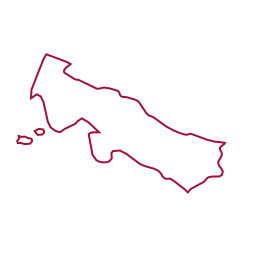 map outline of La Unión (Natural Earth projection), rotated 107°
{"feature_id": "SLV-1350", "entity_name": "La Unión", "entity_type": "Department", "adm_level": 1, "iso_a3": "SLV", "parent_name": "El Salvador", "parent_adm1": "", "projection": "natural_earth1", "projection_center": [-87.879, 13.537], "detail": "fine", "context": "isolated", "style": "outline", "palette": "rose", "viewbox_px": 256, "rotation_deg": 107, "n_neighbors": 0, "source": "natural_earth", "source_scale": "10m", "svg_char_len": 1811}
<svg xmlns="http://www.w3.org/2000/svg" viewBox="0 0 256 256"><g transform="rotate(107 128 128)"><path d="M145.4,24.5L147.6,26.4L149.9,33.6L151.8,36.9L153.0,37.7L156.3,39.2L157.7,40.0L161.4,43.7L168.0,50.2L172.1,52.0L170.0,56.0L165.3,68.4L164.1,72.9L165.6,77.4L164.5,80.4L162.1,82.9L160.1,86.3L159.3,91.1L159.5,101.2L158.9,106.2L153.3,121.7L151.9,129.2L154.4,135.5L156.8,136.5L161.8,134.6L165.2,136.1L167.0,138.5L168.2,141.8L168.6,145.4L168.0,148.9L164.0,154.1L145.6,163.7L145.4,163.7L143.6,162.5L142.4,160.2L140.6,154.3L134.1,167.4L132.3,175.0L136.6,178.4L139.4,179.6L147.2,188.1L151.6,191.5L152.0,193.1L152.0,196.4L150.0,202.3L145.4,206.5L128.0,216.4L123.3,220.7L122.5,225.1L127.9,229.4L119.6,231.5L87.4,229.0L81.4,227.7L82.7,206.3L83.0,204.1L83.6,201.5L84.1,201.7L86.1,203.3L88.1,204.7L90.5,205.7L91.3,205.9L92.1,205.9L93.2,205.5L93.7,204.9L96.8,193.5L96.9,191.8L96.6,190.2L96.5,189.1L99.5,169.4L99.4,168.7L99.2,168.0L98.9,167.4L96.7,163.4L96.4,162.8L96.2,162.1L95.5,157.2L95.4,150.2L95.6,148.5L96.0,147.4L96.4,147.0L97.4,146.3L98.1,145.8L98.7,145.2L99.6,144.0L99.8,143.0L99.8,142.1L98.9,138.2L98.8,129.9L99.3,126.5L100.8,124.1L108.1,115.3L109.8,112.3L110.2,107.2L115.5,91.4L116.9,84.1L117.6,77.7L117.7,72.5L117.5,70.8L117.3,70.1L117.1,69.5L116.7,68.9L115.7,67.3L115.4,66.8L115.2,66.0L115.2,65.1L116.1,48.5L115.7,40.8L114.7,36.3L113.9,31.0L115.2,31.3L118.7,33.8L120.3,34.4L121.4,33.8L124.4,31.1L126.2,30.4L128.5,30.6L133.1,31.7L135.3,31.5L137.6,29.7L139.5,26.9L141.9,24.6L145.4,24.5ZM166.8,220.7L166.6,217.2L168.3,215.8L171.6,217.0L173.6,222.1L173.7,226.2L174.6,229.0L172.6,230.2L169.6,229.0L167.6,230.1L167.6,227.1L166.4,224.1L166.8,220.7ZM157.6,207.1L159.4,208.3L161.0,212.3L159.6,214.6L158.1,216.3L155.0,213.2L154.2,208.8L155.6,207.3L157.6,207.1Z" fill="none" stroke="#9f1239" stroke-width="2"/></g></svg>